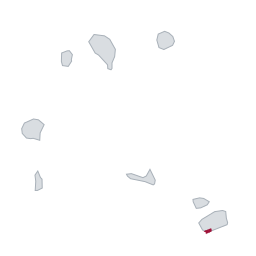 location of Nossa Senhora Do Livramento, Ribeira Grande, Cabo Verde, rotated 184°
{"feature_id": "66160863B28688334871687", "entity_name": "Nossa Senhora Do Livramento", "entity_type": "district", "adm_level": 2, "iso_a3": "CPV", "parent_name": "Cabo Verde", "parent_adm1": "Ribeira Grande", "projection": "mercator", "projection_center": [-25.107, 17.182], "detail": "fine", "context": "in_parent", "style": "filled", "palette": "rose", "viewbox_px": 256, "rotation_deg": 184, "n_neighbors": 0, "source": "geoboundaries", "source_scale": "gbopen_adm2", "svg_char_len": 2104}
<svg xmlns="http://www.w3.org/2000/svg" viewBox="0 0 256 256"><g transform="rotate(184 128 128)"><path d="M173.2,211.3L168.4,218.9L157.9,218.3L152.4,215.2L146.1,205.6L146.3,198.3L148.5,191.9L148.1,186.3L149.0,184.9L152.3,185.8L152.8,189.6L162.4,198.7L166.0,200.5L173.2,211.3ZM35.7,50.6L27.9,52.3L24.7,51.5L23.6,44.9L22.0,40.5L22.4,38.5L40.2,30.0L46.5,31.4L50.8,38.2L47.9,42.0L35.7,50.6ZM215.2,109.6L221.8,111.1L224.4,110.6L228.6,110.9L233.1,115.2L234.0,119.9L231.7,125.7L222.9,130.4L217.9,129.9L211.9,125.5L215.3,117.0L215.2,109.6ZM104.4,223.8L98.2,227.0L93.8,225.6L89.7,222.4L87.7,217.7L89.3,213.6L97.7,208.8L102.7,210.4L105.4,217.8L104.4,223.8ZM121.9,77.6L125.2,80.0L126.3,81.8L121.4,82.7L109.6,79.5L106.4,81.4L103.2,88.3L97.2,77.9L97.6,74.1L98.9,73.0L107.3,75.7L121.9,77.6ZM194.1,200.7L191.9,201.0L188.6,197.3L189.3,192.1L188.9,190.8L191.9,185.3L197.7,185.7L199.1,189.8L199.4,198.2L194.1,200.7ZM58.2,61.3L51.7,63.3L47.6,63.0L41.8,60.1L43.6,56.9L49.9,53.4L54.3,52.6L57.8,58.9L58.2,61.3ZM217.5,74.5L215.0,78.8L211.9,72.5L210.2,71.0L209.4,62.1L214.0,59.4L216.2,59.2L216.3,68.4L217.5,74.5Z" fill="#d9dde1" stroke="#a8b0b8" stroke-width="1"/><path d="M43.6,30.4L43.4,30.4L43.2,30.3L43.1,30.2L42.9,30.2L42.8,29.9L42.7,29.9L42.7,30.0L42.7,29.9L42.4,29.9L42.3,29.7L42.2,29.6L42.3,29.5L42.2,29.4L42.1,29.2L41.9,29.0L41.7,29.1L41.8,29.1L41.7,29.2L41.8,29.1L41.7,29.2L41.7,29.3L41.7,29.2L41.6,29.3L41.7,29.5L41.5,29.8L41.4,29.8L41.2,29.9L41.1,30.0L40.9,30.0L40.7,30.0L40.8,30.0L40.8,29.9L40.7,29.9L40.6,30.0L40.4,30.1L40.2,30.1L39.9,30.2L39.7,30.2L39.6,30.3L39.5,30.5L39.4,30.5L39.4,30.4L39.3,30.5L39.2,30.5L38.9,30.7L38.7,30.8L38.4,30.9L38.4,31.0L38.2,31.1L38.2,31.3L38.1,31.5L38.1,31.8L38.2,32.0L38.3,32.0L38.3,32.3L38.3,32.5L38.5,32.7L38.5,32.8L38.8,32.8L38.9,32.7L39.0,32.6L39.1,32.4L39.3,32.3L39.3,32.2L39.5,32.1L39.8,32.0L39.8,31.9L40.0,31.9L40.0,32.0L40.2,31.9L40.3,31.9L40.5,31.8L40.6,31.7L40.8,31.7L41.0,31.7L41.2,31.4L41.3,31.4L41.5,31.3L41.5,31.2L41.8,30.9L42.2,30.9L42.3,30.9L42.5,30.9L42.8,30.8L43.0,30.7L43.3,30.7L43.5,30.5L43.6,30.4Z" fill="#f43f5e" stroke="#9f1239" stroke-width="1.5"/></g></svg>